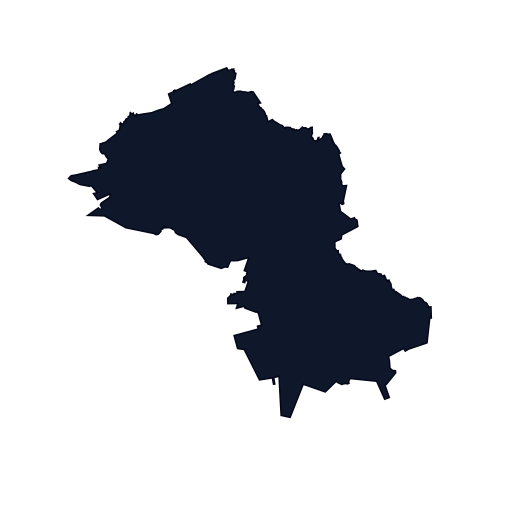 Cuauhtémoc, Chihuahua, Mexico, rotated 155°
{"feature_id": "50627088B28133292335375", "entity_name": "Cuauhtémoc", "entity_type": "district", "adm_level": 2, "iso_a3": "MEX", "parent_name": "Mexico", "parent_adm1": "Chihuahua", "projection": "orthographic", "projection_center": [-106.99, 28.768], "detail": "fine", "context": "isolated", "style": "filled", "palette": "ink", "viewbox_px": 512, "rotation_deg": 155, "n_neighbors": 0, "source": "geoboundaries", "source_scale": "gbopen_adm2", "svg_char_len": 6149}
<svg xmlns="http://www.w3.org/2000/svg" viewBox="0 0 512 512"><g transform="rotate(155 256 256)"><path d="M135.9,313.7L136.6,315.4L136.1,315.9L136.4,320.2L137.0,322.8L137.7,324.0L137.4,325.1L137.9,326.2L137.7,326.9L138.2,327.5L137.5,328.4L138.0,329.1L137.6,329.0L137.5,329.5L137.3,332.5L137.4,335.4L138.2,335.7L139.0,335.2L139.4,335.3L140.1,337.0L142.7,337.9L143.1,336.9L144.4,336.5L146.3,334.9L147.5,335.0L148.3,334.1L149.7,334.7L149.9,335.2L149.5,335.5L148.8,336.8L149.5,337.1L151.0,335.7L151.2,334.4L154.0,335.7L155.0,336.7L154.7,338.3L155.1,338.7L154.7,339.1L154.8,339.6L155.2,339.6L155.7,340.8L152.8,343.7L152.5,344.7L152.8,345.1L151.5,346.6L151.4,347.7L150.6,348.9L152.1,349.4L153.0,349.0L155.4,349.0L156.0,350.0L156.6,350.5L156.6,351.2L158.5,351.9L159.6,353.3L160.5,352.7L161.3,352.7L161.9,352.3L164.2,352.1L165.1,352.3L165.7,353.3L167.5,353.4L167.6,354.6L168.1,355.0L169.1,355.0L168.9,355.6L170.1,356.3L170.6,358.0L173.3,359.5L174.6,360.0L175.1,360.1L175.3,359.5L176.1,359.5L176.0,360.4L176.7,361.4L176.9,363.0L179.4,365.3L179.5,366.2L179.8,366.3L180.5,367.6L181.6,368.4L181.4,369.0L182.3,369.8L182.3,370.2L183.1,371.4L183.0,371.8L183.5,372.2L183.6,372.8L188.4,372.5L187.2,378.8L188.0,379.6L187.5,380.9L187.4,383.6L187.9,385.0L187.9,385.8L188.5,386.2L188.7,386.7L188.8,388.4L189.4,388.6L190.1,389.4L189.7,390.1L190.1,390.6L189.9,391.8L190.1,393.7L187.2,392.8L189.2,405.9L191.0,407.1L194.0,407.4L196.8,409.5L198.5,410.2L200.2,411.8L203.4,413.2L204.3,413.3L206.0,412.9L207.2,415.0L206.4,416.4L205.5,416.7L204.9,417.9L203.8,418.9L204.1,421.6L203.3,421.7L202.6,422.5L202.4,424.4L201.5,425.0L200.2,425.4L197.0,430.1L198.3,431.6L197.3,432.9L198.2,433.4L197.1,434.8L199.0,435.6L200.6,435.3L202.3,436.0L203.0,436.7L202.8,438.3L203.1,438.9L219.3,440.1L219.5,439.6L221.5,440.1L242.9,438.5L242.9,439.8L259.3,439.7L259.2,440.3L259.7,440.4L259.7,440.6L260.6,440.6L260.8,439.8L266.8,439.8L268.0,429.8L277.5,428.5L282.6,429.4L289.8,429.9L300.7,433.1L302.9,433.5L304.3,435.3L305.0,434.8L305.7,433.6L306.1,433.5L306.2,434.5L307.2,435.3L306.9,435.7L307.1,436.8L306.9,437.3L308.1,437.2L308.8,438.0L309.3,439.1L309.8,438.7L310.0,437.9L311.1,436.6L312.1,436.1L312.8,436.4L313.4,435.4L314.4,434.9L315.2,434.9L315.7,435.1L316.3,434.8L316.2,434.5L316.4,434.2L317.9,433.7L318.0,433.1L319.1,433.4L319.3,432.5L320.4,431.9L321.6,432.3L322.4,433.7L322.6,433.0L323.8,433.3L324.0,431.6L325.4,429.5L326.9,427.7L329.9,427.7L329.8,426.8L330.1,425.9L341.9,423.3L342.5,422.9L345.6,422.8L347.0,423.2L349.1,423.2L349.8,423.6L352.6,418.6L352.7,415.7L352.4,415.5L352.1,413.8L351.5,413.3L350.9,413.4L349.9,412.0L349.8,409.3L349.0,406.0L352.4,403.1L359.8,404.8L359.7,402.0L360.1,402.5L360.9,402.5L361.3,402.8L361.7,401.7L362.7,400.8L367.9,402.2L368.8,402.1L371.1,402.6L371.6,402.4L372.1,402.9L375.7,403.6L375.9,403.4L376.1,403.7L385.8,405.8L389.6,406.9L393.1,405.5L391.8,402.7L386.9,397.6L387.1,397.4L385.2,395.1L377.3,389.4L375.6,389.5L373.1,380.4L376.9,381.3L375.8,374.1L361.9,373.9L363.3,371.6L363.9,371.0L373.8,369.4L375.5,368.1L375.3,364.2L375.9,363.7L376.8,363.9L378.1,364.9L378.5,366.2L391.3,363.9L376.4,356.4L362.0,336.6L337.8,318.6L338.2,318.2L337.5,317.5L335.2,317.1L331.9,318.4L330.8,320.3L330.0,320.4L329.2,319.8L325.8,322.7L326.9,320.1L323.9,318.9L321.4,317.5L321.5,317.3L318.9,313.7L319.1,311.1L317.3,308.1L311.2,302.2L304.6,278.0L303.7,273.0L304.3,272.6L304.4,272.1L303.1,270.6L302.9,269.0L292.8,259.5L288.7,259.2L286.4,257.8L281.2,262.5L274.7,259.6L263.5,257.7L264.9,255.9L272.8,247.7L270.4,245.3L271.7,244.3L272.4,243.0L273.1,242.4L274.2,242.1L274.3,241.8L275.2,242.0L276.2,241.6L276.7,240.7L276.3,240.5L278.9,237.9L277.5,236.6L275.8,238.5L273.6,236.3L281.1,228.5L288.3,231.7L289.0,230.1L291.9,231.3L292.4,230.2L294.9,232.2L295.6,231.0L299.5,229.7L301.7,224.7L292.5,220.6L295.9,216.9L287.8,215.4L288.1,213.5L279.9,205.2L278.2,204.4L278.2,203.6L277.9,203.8L280.2,191.0L284.3,191.8L284.8,188.9L309.5,193.2L311.8,179.9L306.2,176.2L305.2,142.2L292.7,138.6L294.3,132.4L293.1,132.0L291.3,138.3L286.0,137.2L300.6,100.9L293.3,95.3L267.4,119.8L250.7,103.5L236.4,108.5L235.0,106.2L232.4,103.2L230.3,103.2L229.4,102.6L228.7,102.8L228.2,102.2L227.4,102.4L227.3,101.5L226.4,101.3L225.4,101.4L225.4,102.1L225.0,103.3L223.0,104.9L221.9,104.8L199.6,91.5L199.9,71.8L195.0,71.4L193.7,84.2L191.4,84.9L178.7,91.1L178.1,93.1L180.5,94.5L182.0,97.7L179.4,104.5L178.3,109.0L161.3,109.8L160.9,106.7L157.1,107.1L137.7,105.0L124.8,126.2L123.3,125.7L118.9,136.0L120.9,136.8L121.2,139.1L121.1,139.8L121.6,142.0L122.3,142.4L123.3,144.0L123.3,145.8L124.7,148.4L125.5,149.2L126.2,149.3L127.0,150.1L128.7,150.0L130.8,150.5L131.7,150.2L133.5,151.0L135.2,151.4L135.7,152.5L136.6,153.2L136.6,153.6L137.1,153.7L137.0,154.0L137.5,154.3L138.1,155.5L139.0,155.3L139.2,156.8L139.8,156.7L140.0,157.1L140.5,157.0L140.8,157.3L140.8,158.0L141.1,158.3L141.3,159.8L141.8,160.2L142.7,162.1L143.5,162.4L143.6,162.7L143.3,162.8L144.0,164.3L144.8,164.5L144.7,165.0L145.5,165.9L145.6,166.6L145.1,167.3L145.2,167.6L145.9,167.6L146.2,167.3L146.7,168.6L146.4,171.1L145.5,173.5L145.8,176.5L145.6,177.6L146.0,177.5L146.0,178.0L146.4,178.2L147.1,178.2L147.5,177.7L147.8,178.2L147.7,179.8L148.2,180.6L147.7,181.8L148.0,182.2L147.6,183.2L147.8,184.2L150.6,184.6L150.2,186.6L151.5,187.7L152.6,188.1L153.3,189.2L153.6,192.3L155.6,192.8L155.8,193.1L156.7,193.1L160.6,194.7L163.4,196.2L165.1,198.1L167.2,197.9L167.4,198.5L167.7,198.4L168.2,199.0L167.9,199.9L169.1,200.9L169.0,201.2L169.4,202.2L170.3,203.3L170.3,204.2L171.3,205.4L170.9,205.7L175.0,209.7L176.2,209.7L177.4,210.8L178.4,210.8L178.6,211.5L178.2,212.5L178.3,213.2L178.8,213.6L178.9,215.4L179.3,216.3L179.2,217.2L179.4,218.2L179.0,218.6L179.3,218.9L179.4,219.8L178.9,220.9L179.6,221.2L179.1,222.2L180.6,222.8L179.2,226.1L180.6,226.8L181.2,229.6L178.6,235.5L171.5,235.5L169.4,238.8L151.2,239.7L149.3,245.9L150.7,247.9L150.6,249.1L154.5,249.4L159.3,258.5L160.6,260.5L159.1,266.0L158.9,267.8L158.0,268.3L157.5,268.3L156.8,267.6L156.1,266.3L154.7,266.2L154.3,266.4L153.6,269.0L144.1,281.6L148.0,283.0L147.9,286.3L147.3,286.2L146.9,287.5L146.9,289.6L144.6,294.6L138.9,297.4L140.0,300.8L138.1,313.1L135.9,313.7Z" fill="#0f172a" stroke="#020617" stroke-width="1.5"/></g></svg>